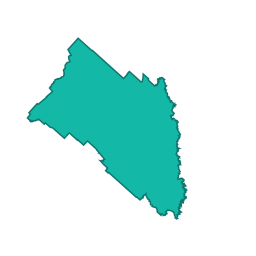 the district of Gannawarra, Victoria, Australia, rotated 42°
{"feature_id": "25037944B50058704827939", "entity_name": "Gannawarra", "entity_type": "district", "adm_level": 2, "iso_a3": "AUS", "parent_name": "Australia", "parent_adm1": "Victoria", "projection": "mercator", "projection_center": [144.036, -35.732], "detail": "fine", "context": "isolated", "style": "filled", "palette": "teal", "viewbox_px": 256, "rotation_deg": 42, "n_neighbors": 0, "source": "geoboundaries", "source_scale": "gbopen_adm2", "svg_char_len": 5924}
<svg xmlns="http://www.w3.org/2000/svg" viewBox="0 0 256 256"><g transform="rotate(42 128 128)"><path d="M121.5,67.7L121.7,68.1L120.4,67.6L119.3,67.8L118.6,69.3L118.2,69.4L118.6,70.3L119.3,70.0L119.3,70.4L118.4,70.9L117.9,70.8L117.3,71.8L117.7,72.3L118.0,72.0L118.2,72.5L119.4,72.6L119.2,73.2L119.5,73.2L119.4,73.6L119.6,73.8L119.8,73.5L120.2,73.6L120.4,74.0L120.1,75.1L120.7,75.4L120.5,75.7L120.9,77.2L119.8,77.2L119.8,78.9L112.1,78.9L110.2,78.1L110.2,77.7L103.2,77.7L105.7,80.8L107.6,84.2L106.6,85.1L91.2,85.1L91.2,88.0L91.6,88.1L91.6,94.2L49.5,94.2L49.1,94.7L30.9,94.7L30.9,109.9L37.1,112.0L36.1,113.6L36.1,114.7L38.1,116.5L40.1,117.2L40.5,118.0L39.3,119.4L39.0,120.6L39.2,123.1L39.6,123.9L40.9,124.9L41.0,125.6L41.5,125.7L41.4,127.0L41.1,127.3L41.4,128.2L43.9,129.9L44.0,130.5L44.7,130.9L45.4,132.6L45.3,133.5L44.5,134.7L44.8,135.2L44.2,135.8L44.4,136.8L43.6,137.6L43.4,138.3L42.9,138.2L42.6,138.8L42.7,139.2L42.0,139.8L42.0,140.5L41.6,141.0L42.1,141.7L42.0,143.7L42.7,144.0L42.8,144.7L42.2,145.5L42.5,146.1L42.3,147.1L43.2,148.6L42.8,149.1L43.2,149.2L43.0,150.8L47.5,151.5L46.5,159.3L47.0,159.4L45.4,170.7L44.2,170.7L44.2,183.0L46.2,183.1L46.5,187.8L49.6,188.0L50.3,187.7L50.7,188.4L51.4,188.5L51.5,188.2L51.3,187.8L51.8,187.7L51.4,187.3L52.4,187.2L52.3,186.7L53.1,186.4L53.2,185.5L54.4,184.5L54.3,184.2L55.0,183.2L54.9,182.8L55.7,182.3L55.7,181.2L63.2,181.2L63.2,179.5L69.6,179.5L72.0,178.3L87.6,178.2L87.6,170.9L98.6,170.9L98.6,170.4L106.5,170.4L106.6,164.8L118.9,164.8L119.2,165.2L123.0,165.7L123.0,166.1L123.4,165.8L131.6,166.9L131.0,167.7L131.0,168.3L131.8,169.0L130.8,169.3L130.5,169.9L130.2,169.8L129.9,170.7L129.5,170.9L134.6,171.4L139.2,171.4L139.2,172.0L139.9,172.1L139.9,174.7L143.2,174.7L143.1,174.0L180.5,173.9L180.8,173.4L185.0,173.4L185.1,172.3L185.4,171.4L185.0,171.0L185.4,170.7L185.6,170.1L185.4,169.7L185.6,169.6L185.1,169.3L185.3,168.8L184.7,168.7L184.9,168.1L184.8,167.2L185.4,166.2L185.4,165.1L186.3,166.2L187.2,166.2L188.6,167.0L190.5,167.5L191.7,167.0L192.7,168.3L193.5,167.7L194.0,167.8L194.6,168.6L196.1,169.9L197.4,169.2L197.9,169.3L198.4,170.2L202.0,168.5L202.8,168.5L205.0,169.6L205.0,169.9L205.9,170.8L210.9,170.8L210.1,169.4L211.4,168.9L212.7,169.5L213.3,168.7L213.4,167.9L214.0,167.7L213.7,166.9L214.2,166.1L214.2,165.5L213.6,165.3L213.2,165.8L212.9,165.0L212.0,164.9L212.4,164.0L212.3,162.3L213.3,162.2L213.6,161.6L216.0,160.4L218.7,160.1L221.0,161.7L222.3,162.2L223.4,163.3L224.1,162.8L224.8,163.1L224.9,162.8L224.5,162.4L225.1,162.0L224.3,161.9L224.1,160.7L223.2,160.1L224.0,159.5L222.8,159.7L222.6,159.4L223.5,158.2L222.7,158.5L222.7,158.0L223.8,157.4L223.5,157.1L222.6,157.3L222.3,156.8L223.4,156.2L222.9,155.1L223.8,155.1L223.9,154.8L222.1,155.1L221.7,155.6L221.5,154.9L221.0,155.2L220.1,154.7L220.3,153.0L220.0,153.1L219.7,154.0L218.8,153.4L219.3,152.2L218.6,151.5L219.3,151.2L217.7,150.9L217.3,150.2L217.9,149.8L218.8,150.2L218.8,149.5L219.2,149.6L219.4,150.3L219.7,150.0L218.8,149.2L217.7,149.7L217.2,149.1L217.5,148.6L218.4,148.5L217.7,148.3L217.6,147.7L218.4,146.9L219.1,146.9L219.2,146.5L218.8,146.3L217.7,146.7L217.2,145.8L217.0,146.3L217.1,147.3L216.6,147.6L216.2,147.4L215.9,146.7L216.2,145.7L216.6,145.1L217.3,145.0L218.1,145.4L218.1,144.7L216.4,145.0L216.2,144.7L217.2,144.1L217.2,143.5L217.8,142.8L217.3,142.0L218.0,141.4L218.0,140.8L217.6,140.4L216.8,140.3L216.0,141.4L215.5,141.4L215.4,140.6L214.3,139.9L215.1,139.1L214.2,139.6L213.6,139.1L213.9,137.2L213.0,137.2L212.8,136.9L213.3,136.3L213.2,135.3L212.2,136.3L211.8,135.9L211.9,134.7L211.5,134.9L211.0,136.0L210.1,134.9L209.5,135.0L209.0,135.7L208.0,135.2L208.0,134.8L208.7,134.6L208.5,133.4L209.6,132.9L209.8,132.5L209.6,132.3L207.8,132.2L207.6,133.1L207.3,133.2L207.0,132.7L207.2,131.8L206.8,131.6L206.5,131.8L205.9,133.3L205.4,133.0L204.8,132.1L204.0,132.6L203.8,131.9L205.0,130.2L204.1,129.0L203.0,129.3L202.3,129.0L201.7,129.6L201.0,129.8L201.1,130.5L200.4,131.0L199.7,132.6L198.7,132.0L198.1,131.5L198.3,130.9L197.7,130.0L196.9,129.3L197.0,128.6L196.5,128.0L196.8,127.5L196.1,127.6L195.8,127.4L195.9,125.6L192.9,124.4L192.0,123.3L190.3,122.5L190.3,121.4L191.0,120.9L190.4,120.4L191.3,119.9L190.2,119.5L189.9,118.3L189.0,118.5L188.7,118.1L188.3,118.6L188.1,117.8L187.5,118.3L186.8,118.1L186.1,117.1L185.6,117.0L185.8,116.2L185.3,115.9L185.9,115.6L185.3,115.4L185.3,114.9L184.2,115.5L183.6,115.3L183.2,115.8L182.8,115.2L181.1,115.1L181.2,114.4L180.4,113.0L180.5,112.3L179.8,112.1L179.3,111.3L179.7,110.6L180.2,110.8L179.6,109.7L178.9,109.7L179.5,109.0L178.4,109.4L178.7,109.6L178.6,110.0L177.8,110.0L177.4,109.8L176.9,108.6L175.8,108.6L175.8,107.1L175.2,107.3L175.0,106.7L173.4,105.5L173.8,104.4L173.0,104.2L172.8,103.5L173.2,102.7L172.3,101.6L172.9,101.1L172.7,100.5L172.1,100.4L172.0,100.0L172.3,99.8L172.1,99.6L171.0,99.6L171.5,99.0L171.3,98.0L170.8,98.2L170.5,97.6L169.8,97.3L169.1,97.4L168.0,96.7L166.9,96.7L166.3,96.0L165.7,95.9L165.6,95.4L165.0,95.8L164.6,95.3L163.9,95.1L164.2,93.8L161.3,92.2L161.5,90.8L161.2,90.0L160.8,90.0L160.7,90.6L160.4,90.7L159.9,90.2L160.0,89.3L159.1,90.7L158.7,90.2L158.3,90.8L156.5,90.1L155.8,90.4L155.4,90.3L154.9,91.1L155.4,92.0L154.9,92.2L153.8,91.7L152.7,90.7L152.0,90.8L151.5,90.4L151.5,90.1L152.6,89.3L153.1,88.5L152.5,87.8L152.7,86.5L151.9,86.1L151.4,86.3L148.9,85.7L148.3,84.1L148.0,83.7L148.2,83.1L146.8,81.8L147.2,80.7L147.6,80.7L147.9,81.2L148.5,80.9L147.9,80.0L148.1,78.9L147.7,79.0L147.8,79.4L147.5,79.5L146.5,78.7L146.5,79.6L146.2,79.8L145.2,79.7L144.4,79.1L143.3,79.2L142.4,79.5L142.2,80.1L141.9,80.3L141.6,79.3L142.2,79.1L142.0,78.7L141.2,79.2L140.2,79.2L139.8,78.8L139.2,79.0L138.9,78.7L139.0,78.2L138.2,77.8L138.2,78.7L137.6,78.6L137.0,78.8L136.7,77.8L137.4,77.6L136.0,77.9L133.9,75.8L132.7,76.2L132.0,76.0L131.1,74.2L130.9,74.4L130.9,75.0L129.8,74.1L129.4,74.7L129.0,74.7L128.9,74.1L129.3,73.5L128.1,72.3L128.5,71.4L128.4,70.8L126.8,71.1L125.7,70.0L123.5,69.4L122.6,68.2L122.7,67.5L121.5,67.7Z" fill="#14b8a6" stroke="#0f766e" stroke-width="1.5"/></g></svg>